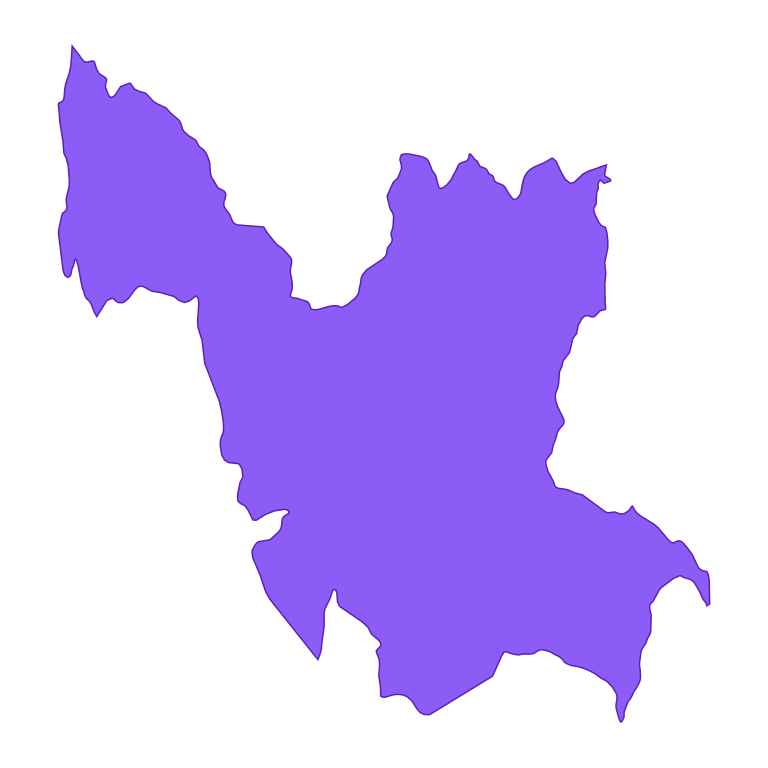 outline of Udon Thani
{"feature_id": "THA-448", "entity_name": "Udon Thani", "entity_type": "Province", "adm_level": 1, "iso_a3": "THA", "parent_name": "Thailand", "parent_adm1": "", "projection": "equal_earth", "projection_center": [102.887, 17.458], "detail": "fine", "context": "isolated", "style": "filled", "palette": "violet", "viewbox_px": 768, "rotation_deg": 0, "n_neighbors": 0, "source": "natural_earth", "source_scale": "10m", "svg_char_len": 6045}
<svg xmlns="http://www.w3.org/2000/svg" viewBox="0 0 768 768"><path d="M385.3,697.2L382.4,697.1L380.7,696.0L380.5,687.3L378.8,675.3L379.5,666.3L379.5,661.8L378.7,658.0L376.3,651.9L376.5,650.4L380.6,646.0L380.9,644.3L380.2,642.3L378.7,640.2L371.8,634.5L367.8,627.1L362.4,622.0L339.6,606.4L337.5,601.8L336.8,592.7L335.7,590.0L334.4,589.4L333.2,590.0L332.3,591.5L330.1,598.4L324.8,609.0L324.1,613.1L324.1,626.7L321.7,643.8L321.5,648.3L320.7,652.2L317.9,659.6L270.0,599.4L265.7,591.7L260.3,575.6L252.9,558.0L252.1,553.5L252.1,550.3L255.5,544.3L257.0,542.7L258.6,541.7L269.3,539.9L271.4,538.5L279.3,531.2L280.9,528.4L281.5,526.0L282.3,518.9L284.0,516.3L288.8,513.3L288.7,511.0L285.2,509.2L274.7,510.8L265.9,514.2L256.2,520.3L252.9,519.9L248.0,510.0L244.8,505.6L240.8,503.7L238.0,501.2L237.5,497.7L237.8,493.4L240.0,482.7L242.8,477.0L242.1,469.0L238.9,463.8L228.3,462.5L224.4,459.9L221.7,454.8L220.2,445.3L220.5,440.0L221.7,435.9L223.2,432.9L223.6,428.6L223.4,422.4L221.8,411.9L219.5,401.7L204.8,363.5L202.0,339.9L198.1,327.9L197.6,321.3L198.8,303.4L198.2,298.4L196.2,295.8L189.2,301.0L184.7,302.5L179.3,300.6L174.0,296.5L160.4,292.5L151.9,291.2L142.5,286.2L138.2,286.6L134.8,289.8L128.7,298.2L125.6,301.0L122.5,302.7L118.5,302.6L116.3,301.5L112.7,298.1L107.0,300.3L96.8,316.6L94.3,312.3L90.9,303.4L89.0,300.8L86.7,298.8L84.8,295.6L84.3,292.9L82.2,287.6L78.2,266.2L76.8,261.3L75.5,259.0L74.7,259.9L73.5,265.6L72.0,268.8L70.8,274.6L70.0,276.0L68.8,277.0L67.3,277.2L65.1,275.5L63.7,272.5L62.9,268.8L58.5,233.3L58.7,229.9L61.9,215.0L62.5,213.4L65.9,210.5L66.7,208.8L67.0,206.5L66.3,201.9L66.3,198.4L69.1,186.6L69.4,180.6L68.2,166.0L66.4,158.6L64.3,154.2L63.8,152.3L63.0,141.5L59.8,121.7L59.1,110.9L58.3,105.1L58.6,103.3L61.9,101.6L63.4,99.9L64.2,96.9L64.7,89.3L65.7,83.9L69.3,73.0L70.9,65.4L72.2,46.1L79.7,55.8L81.4,58.5L84.3,61.7L87.2,62.1L92.7,60.9L94.4,61.9L96.7,69.4L99.1,73.6L105.8,78.0L106.6,79.6L105.3,86.6L107.7,93.3L109.2,96.1L110.3,97.1L111.8,97.3L114.0,96.2L116.0,93.8L120.7,86.5L129.1,83.3L130.5,83.4L134.3,88.9L138.3,91.0L145.8,93.3L153.4,101.4L157.3,103.9L166.0,107.9L171.1,113.5L179.2,120.4L180.8,123.2L182.3,128.6L183.8,131.4L188.4,135.6L195.0,139.6L196.0,140.7L199.1,146.4L203.8,150.1L205.8,152.7L207.9,157.2L209.6,162.3L210.4,173.1L211.3,176.8L217.9,187.8L224.0,191.0L225.3,192.7L225.8,194.5L225.2,198.3L224.0,201.6L223.8,205.4L225.2,208.4L229.9,214.9L232.4,221.1L233.3,222.5L234.4,223.6L237.2,224.9L263.7,227.0L267.7,233.5L276.7,244.5L282.9,248.9L290.1,256.9L291.7,259.7L291.5,263.6L290.3,269.6L290.5,273.7L292.0,281.3L292.3,285.6L292.0,289.8L290.3,295.0L290.6,296.4L292.3,297.7L296.7,298.2L307.5,301.6L309.4,304.2L311.1,309.1L313.8,309.7L318.3,309.5L329.5,306.3L334.3,305.7L337.5,305.8L341.9,307.5L348.2,304.0L355.3,298.0L357.8,294.6L359.1,291.5L359.1,289.5L360.4,284.0L361.3,277.6L362.7,274.6L366.7,269.8L382.3,259.4L385.1,256.6L386.6,254.0L387.4,247.9L391.4,242.8L392.4,239.8L391.1,234.9L391.1,233.0L393.0,227.2L393.6,216.9L392.9,213.2L390.9,210.3L389.7,207.3L387.2,196.8L387.5,195.2L393.2,182.4L397.4,178.4L398.3,177.0L401.5,168.8L401.4,165.2L400.0,160.0L400.1,158.0L401.4,154.8L404.3,153.9L408.9,154.0L419.8,156.1L424.3,157.6L427.2,159.2L428.9,162.0L432.1,170.1L435.6,175.4L438.5,186.1L439.1,187.6L440.5,188.4L442.3,188.2L446.9,184.9L451.8,178.8L453.0,175.6L455.6,171.3L458.4,165.1L459.4,163.8L461.2,162.9L466.8,160.9L468.2,159.3L469.4,154.1L470.6,154.2L474.7,159.3L477.2,161.1L479.9,166.3L485.6,168.6L486.9,169.8L488.5,172.9L489.7,174.3L492.1,175.3L493.2,176.7L494.3,180.5L495.3,181.5L496.4,182.5L502.8,185.1L505.1,187.2L509.1,194.2L513.0,199.1L514.6,199.5L516.4,199.0L518.8,196.6L520.1,194.6L520.9,192.5L522.3,184.3L524.0,178.1L525.2,175.4L527.8,171.7L530.0,169.6L534.0,167.1L544.5,162.6L551.4,158.4L552.9,158.3L556.1,161.4L562.0,173.8L565.3,179.3L570.0,183.2L571.9,183.1L574.5,182.1L582.5,174.4L587.8,171.4L606.4,164.9L604.6,174.8L605.3,176.2L610.1,179.2L610.7,180.1L610.5,181.0L604.0,183.3L600.6,180.1L598.9,181.5L598.0,184.6L598.3,188.5L596.7,192.6L596.0,204.6L593.8,207.9L593.9,210.7L595.0,214.6L598.8,222.4L601.0,225.2L603.1,226.6L605.4,227.2L607.0,233.3L607.8,240.9L607.8,247.7L604.7,262.9L605.8,273.7L604.8,284.0L605.2,303.6L605.7,308.3L605.2,309.5L600.3,310.6L594.7,316.4L592.1,317.1L588.4,315.7L585.9,315.6L583.6,316.9L581.7,318.8L578.3,325.2L576.5,333.7L573.2,338.0L572.6,339.4L569.5,352.5L563.1,360.9L561.9,366.4L559.4,371.9L558.8,381.9L557.9,387.1L555.7,393.0L555.1,396.3L556.1,402.0L557.8,407.0L563.6,419.0L564.0,420.8L563.8,423.3L562.5,425.6L559.7,428.5L557.5,432.1L555.8,438.5L553.1,445.7L551.7,452.5L545.9,460.3L545.9,464.4L548.0,471.4L552.8,480.3L555.0,486.1L556.2,487.3L558.0,488.2L567.3,489.6L574.8,492.8L582.4,494.9L605.4,511.9L607.9,512.8L614.8,512.0L619.8,513.8L622.8,513.9L625.4,513.0L627.6,511.5L629.6,509.7L631.9,506.2L632.5,506.1L634.8,510.4L636.9,513.0L641.2,516.4L653.5,523.9L658.2,527.8L668.7,540.3L671.4,542.5L673.6,543.1L676.1,541.5L679.0,540.7L680.9,541.3L683.1,542.9L688.4,549.2L692.4,554.9L698.1,567.2L700.3,569.4L702.5,570.7L706.0,571.3L707.3,572.1L708.4,575.3L709.2,580.7L709.7,603.9L706.9,605.8L705.9,602.8L703.3,599.6L702.0,597.2L699.6,591.5L694.5,582.9L692.6,580.9L690.5,579.5L683.8,577.5L680.2,575.5L673.5,578.4L661.5,587.4L659.3,589.8L653.1,601.3L650.3,604.2L649.7,605.5L649.7,608.8L651.2,615.4L650.7,631.7L649.7,634.6L647.6,638.3L646.0,642.9L642.2,648.7L641.0,651.5L639.4,664.1L640.3,671.6L640.5,677.7L639.8,681.3L636.6,687.7L634.2,691.0L631.0,697.8L627.8,702.1L624.1,712.2L624.0,717.2L622.1,721.2L621.4,721.9L620.5,721.8L619.4,719.8L616.2,708.6L616.0,704.5L616.9,699.9L617.0,696.2L616.7,694.3L612.7,687.4L607.0,681.4L600.9,678.0L594.6,673.4L587.4,669.7L579.3,666.9L570.7,665.3L567.1,663.8L564.7,662.4L562.0,658.8L558.8,656.4L554.1,654.2L551.3,652.3L547.5,650.9L542.1,649.7L539.8,650.0L537.5,651.0L534.0,653.4L529.9,654.1L523.2,654.0L518.3,654.9L512.8,654.1L506.4,651.9L504.1,652.0L501.5,656.3L492.5,676.2L429.5,714.7L424.3,714.5L420.1,712.5L417.0,709.0L411.9,700.9L407.4,696.8L403.0,694.9L397.4,694.3L392.8,694.9L385.3,697.2Z" fill="#8b5cf6" stroke="#5b21b6" stroke-width="1.5"/></svg>